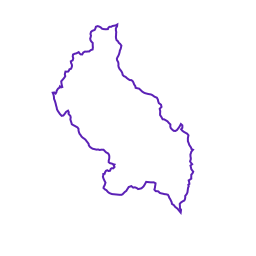 Mogi das Cruzes, São Paulo, Brazil (Mercator projection), rotated 141°
{"feature_id": "56859067B10888150233547", "entity_name": "Mogi das Cruzes", "entity_type": "district", "adm_level": 2, "iso_a3": "BRA", "parent_name": "Brazil", "parent_adm1": "São Paulo", "projection": "mercator", "projection_center": [-46.187, -23.555], "detail": "fine", "context": "isolated", "style": "outline", "palette": "violet", "viewbox_px": 256, "rotation_deg": 141, "n_neighbors": 0, "source": "geoboundaries", "source_scale": "gbopen_adm2", "svg_char_len": 4183}
<svg xmlns="http://www.w3.org/2000/svg" viewBox="0 0 256 256"><g transform="rotate(141 128 128)"><path d="M91.2,70.2L91.9,71.7L91.3,73.2L91.2,74.6L91.0,76.4L90.3,78.2L89.8,80.0L89.0,81.0L87.9,82.4L85.6,84.3L85.6,86.4L86.4,88.3L87.1,90.1L87.5,91.8L87.5,93.6L85.7,93.9L84.9,94.8L84.1,95.9L84.4,97.8L86.7,96.8L88.3,96.3L90.0,95.9L91.4,95.6L93.1,95.9L94.3,97.1L94.7,99.2L94.8,101.0L94.3,102.4L92.8,104.1L93.1,106.3L93.1,108.3L93.9,110.5L94.5,112.0L95.6,113.0L95.1,115.7L94.9,117.9L94.0,119.0L92.3,120.9L91.3,123.0L88.7,123.3L87.7,125.3L88.0,126.6L88.4,127.9L87.7,129.8L86.9,131.3L86.5,133.4L87.7,135.6L88.4,138.3L89.1,139.7L90.1,140.8L91.1,142.0L92.5,143.9L93.2,145.0L94.0,147.2L94.3,149.5L94.6,151.6L95.8,153.1L96.8,154.4L96.0,155.9L95.8,158.1L95.2,159.8L94.9,161.3L95.2,163.0L96.5,164.2L97.0,165.7L97.5,167.6L97.7,169.2L98.6,171.0L98.7,172.7L97.9,174.2L97.5,175.9L97.4,177.4L97.4,179.2L97.0,181.0L96.2,182.6L95.2,183.6L94.2,185.3L93.8,187.6L93.1,188.8L91.9,189.5L90.3,190.1L88.7,190.9L86.7,192.3L85.5,193.4L84.3,193.9L83.0,194.8L81.3,196.2L81.2,198.4L81.6,200.0L81.2,201.7L81.6,203.4L80.9,205.1L80.1,206.4L78.9,207.6L77.9,208.8L76.8,209.9L75.9,211.6L74.7,213.1L72.5,213.9L71.2,215.2L73.1,215.5L74.3,216.2L75.8,217.0L77.5,217.3L78.7,218.3L80.1,218.3L81.4,217.5L83.1,218.7L84.8,220.3L85.7,221.5L85.9,223.5L86.7,225.2L87.5,226.3L89.2,226.9L91.0,225.7L92.3,225.2L94.6,226.0L96.2,226.0L98.0,224.7L98.6,223.1L100.0,222.0L101.1,221.3L101.8,220.0L102.1,218.5L101.9,216.3L102.8,215.2L103.8,213.9L104.6,212.7L106.1,211.3L108.0,212.0L110.0,211.9L111.3,212.9L112.4,213.6L113.4,214.5L115.3,214.8L117.3,214.0L118.4,214.9L118.7,216.3L118.6,218.0L121.2,218.5L122.8,219.3L124.5,219.7L126.0,218.3L126.6,216.7L128.4,215.4L130.5,215.8L131.3,214.4L131.7,212.7L132.4,211.5L133.9,210.4L135.2,209.9L136.5,210.5L137.6,209.9L138.9,209.5L140.1,210.3L141.1,211.2L142.2,210.4L143.4,209.4L144.1,207.8L145.4,207.3L147.1,206.9L148.8,206.6L150.5,206.3L151.6,204.6L152.5,202.9L153.3,201.2L154.5,201.7L154.7,203.2L156.0,202.5L157.7,202.6L160.0,201.8L161.2,200.8L162.6,200.3L162.9,202.0L164.3,202.8L165.0,200.6L166.1,198.6L167.1,197.3L167.8,195.0L168.8,192.6L169.8,190.6L170.5,188.9L171.4,187.3L171.8,185.5L171.9,184.0L172.1,181.8L171.9,179.2L170.4,178.4L168.3,178.8L166.0,179.5L163.7,179.2L164.1,177.5L165.3,176.5L165.3,175.2L165.2,173.7L165.8,172.4L167.4,170.9L168.1,169.2L168.7,167.6L169.3,166.3L168.8,164.9L168.1,163.3L167.6,162.0L166.9,160.3L167.0,158.5L168.1,157.1L168.8,155.5L169.3,154.0L169.3,152.2L169.5,150.7L169.3,149.1L168.7,147.1L168.4,145.7L168.5,143.5L168.5,141.8L168.6,140.4L169.3,139.3L169.5,137.5L169.0,135.4L168.5,134.1L167.3,132.6L166.1,131.0L164.7,130.1L163.9,128.8L162.2,127.8L160.7,126.5L160.5,124.3L160.4,123.0L159.4,120.6L159.8,118.7L160.7,117.3L162.0,115.9L163.4,114.9L164.5,113.6L164.2,112.1L162.9,110.4L162.3,109.2L161.5,108.1L162.8,107.7L163.0,106.2L164.8,105.9L165.8,106.9L167.1,107.1L168.9,106.1L170.2,106.8L170.7,108.2L172.0,108.6L173.8,108.0L175.0,107.1L176.2,107.8L177.0,106.8L178.2,105.9L178.9,104.0L179.4,102.0L179.9,99.7L182.2,98.2L183.8,97.6L184.8,96.8L184.5,94.6L183.9,93.2L183.9,91.1L183.5,89.4L182.9,88.2L182.0,86.7L176.5,81.3L175.3,80.3L174.0,79.9L172.6,80.1L170.7,80.3L168.9,80.2L167.3,80.8L166.0,81.2L164.6,81.7L163.3,81.2L162.0,80.8L161.5,78.4L160.0,77.6L159.0,75.9L158.6,74.2L157.3,73.5L155.6,72.7L154.3,72.7L152.7,72.8L150.7,73.5L149.2,74.1L147.8,74.7L144.7,71.6L143.4,70.5L142.2,69.6L141.4,67.7L142.6,66.5L143.6,65.7L144.6,64.7L146.3,63.5L146.2,61.5L145.2,60.6L144.3,59.6L144.2,57.7L143.4,56.4L142.4,55.2L141.3,53.7L140.1,52.5L139.0,51.0L139.3,49.2L139.8,47.9L140.0,46.1L140.5,44.0L140.8,42.8L141.6,41.4L140.9,39.1L141.0,37.1L140.6,35.4L140.3,34.1L140.3,32.7L140.3,30.9L140.3,29.1L138.3,31.0L138.1,33.0L136.9,34.5L135.6,36.4L133.9,36.8L131.6,36.6L129.9,36.2L128.6,36.8L127.3,37.9L126.3,39.2L124.1,39.7L122.4,40.5L120.6,42.2L119.0,43.7L117.4,44.6L116.9,45.9L115.5,45.9L114.5,47.5L113.8,49.1L112.2,48.9L110.7,48.8L109.9,49.9L109.0,50.9L108.2,51.9L106.4,52.2L104.8,53.0L104.8,54.6L104.7,56.2L103.8,57.9L103.1,59.5L100.9,59.5L101.0,61.6L100.7,63.1L99.1,64.0L98.1,65.1L97.5,66.3L96.2,68.1L94.7,69.0L93.6,69.8L91.2,70.2Z" fill="none" stroke="#5b21b6" stroke-width="2"/></g></svg>